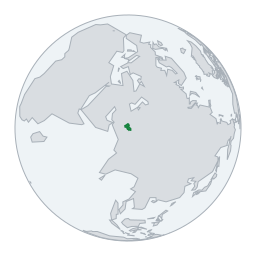 globe centered on Farah, rotated 65°
{"feature_id": "AFG-1749", "entity_name": "Farah", "entity_type": "Province", "adm_level": 1, "iso_a3": "AFG", "parent_name": "Afghanistan", "parent_adm1": "", "projection": "orthographic", "projection_center": [62.843, 32.453], "detail": "fine", "context": "on_globe", "style": "filled", "palette": "green", "viewbox_px": 256, "rotation_deg": 65, "n_neighbors": 0, "source": "natural_earth", "source_scale": "10m", "svg_char_len": 11483}
<svg xmlns="http://www.w3.org/2000/svg" viewBox="0 0 256 256"><g transform="rotate(65 128 128)"><circle cx="128" cy="128" r="113" fill="#eef3f6" stroke="#a8b0b8"/><path d="M144.4,16.6L145.3,16.7L155.4,19.5L160.8,20.9L157.8,20.4L169.6,23.8L176.4,27.0L167.3,23.2L165.3,22.7L169.3,24.5L168.1,24.5L169.3,25.4L167.6,25.3L162.3,23.4L161.1,23.4L164.0,24.7L164.0,25.7L160.0,23.6L159.6,25.2L150.9,23.0L141.4,18.8L135.2,18.6L121.8,17.3L121.6,17.7L116.4,18.0L114.3,18.7L112.4,18.5L112.3,19.3L114.5,19.4L115.1,19.8L114.1,20.3L111.5,20.1L111.6,19.8L110.3,20.0L109.5,19.8L109.3,20.2L106.3,20.1L107.7,21.0L103.9,21.7L102.4,21.4L104.7,20.3L106.7,17.9L105.8,17.8L102.3,18.4L91.2,21.7L89.3,22.2L85.8,23.6L93.8,20.7L102.0,18.4L110.4,16.7L118.9,15.7L127.4,15.4L135.9,15.6L144.4,16.6ZM85.3,23.8L88.5,22.7L87.6,23.4L91.6,22.2L91.8,22.5L95.0,22.0L92.3,23.4L87.8,25.1L84.9,25.7L82.9,26.5L83.7,27.2L76.6,29.8L68.9,34.5L67.3,35.2L67.5,33.9L72.2,30.5L72.5,30.0L85.3,23.8ZM72.2,30.2L70.0,31.8L66.0,34.0L64.4,35.1L63.3,36.0L63.8,35.8L62.0,37.0L63.6,35.6L65.5,34.3L64.9,34.7L66.9,33.4L72.2,30.2ZM164.9,22.1L162.6,21.2L165.2,22.1L164.9,22.1ZM169.8,25.6L170.8,25.9L171.1,26.3L169.8,25.6ZM96.3,21.4L95.7,21.7L95.4,21.6L96.3,21.4ZM98.4,20.9L98.5,20.6L99.5,20.3L99.4,20.5L98.4,20.9ZM168.5,26.6L168.5,27.3L167.6,26.2L168.5,26.6ZM98.0,21.4L101.2,19.9L103.0,19.6L104.0,20.1L98.0,21.4ZM168.0,27.4L168.1,29.4L170.4,30.2L164.0,29.4L166.0,27.8L164.5,26.3L166.5,27.3L168.0,27.4ZM115.6,19.2L113.3,19.1L116.2,18.7L115.6,19.2ZM117.3,18.8L125.2,17.5L128.1,18.0L124.9,18.2L129.4,18.7L126.9,19.6L123.8,19.6L122.5,19.0L122.6,19.8L117.3,18.8ZM160.4,28.8L159.7,29.1L159.5,28.4L160.4,28.8ZM115.6,20.0L117.0,19.5L119.6,19.9L117.3,20.8L117.2,20.4L115.6,20.0ZM131.8,18.5L133.3,19.1L131.7,19.9L132.1,20.3L127.1,19.7L131.8,18.5ZM116.1,20.6L116.1,21.3L114.0,21.7L114.5,20.4L116.1,20.6ZM121.2,19.7L122.3,19.9L121.0,20.1L121.2,19.7ZM106.2,23.7L107.8,23.0L109.3,23.1L106.2,23.7ZM116.3,21.6L117.1,21.5L117.8,21.5L117.4,22.1L116.3,21.6ZM126.3,20.4L125.3,20.7L128.3,20.7L127.2,21.5L124.0,21.0L124.9,21.5L124.6,21.8L122.4,21.1L126.3,20.4ZM119.3,22.7L114.9,22.7L111.7,23.8L110.2,23.7L115.7,21.9L119.3,22.7ZM121.3,21.8L119.7,22.3L118.8,21.8L119.2,21.2L121.3,21.8ZM127.6,22.2L130.1,21.1L130.7,21.3L127.6,22.2ZM118.5,23.1L119.6,23.2L118.4,23.3L118.5,23.1ZM125.0,22.6L125.8,22.1L126.5,22.3L125.0,22.6ZM121.1,23.7L119.7,23.6L120.0,23.1L121.1,23.7ZM123.0,23.2L123.8,23.6L120.9,23.0L123.3,23.0L123.0,23.2ZM125.5,22.8L126.2,22.8L125.1,23.0L125.5,22.8ZM120.8,25.7L117.2,25.0L117.8,23.9L121.3,24.7L120.8,25.7ZM20.2,132.6L20.6,113.5L22.9,109.4L25.1,102.5L42.8,90.2L44.5,94.1L56.2,99.0L57.3,100.9L53.7,105.7L60.7,117.8L65.5,114.6L74.0,122.3L81.1,124.4L87.4,114.6L75.9,110.9L76.1,105.0L87.0,103.5L97.4,107.1L97.8,105.0L93.0,98.7L97.2,95.7L91.6,96.2L92.5,98.8L89.0,99.4L87.9,97.1L89.5,96.0L86.9,94.2L80.2,100.1L80.5,103.3L72.5,101.8L72.1,107.2L69.3,108.7L68.9,100.1L70.3,97.6L68.0,87.2L65.8,89.6L67.8,99.7L66.4,98.3L63.3,102.1L64.5,98.1L62.9,87.0L56.9,85.3L46.1,91.7L43.3,90.4L42.4,86.1L49.6,76.6L55.1,80.8L57.7,78.0L59.3,71.9L60.8,73.9L62.2,72.1L64.5,73.5L70.5,71.2L73.3,72.3L78.3,67.3L80.4,67.4L76.9,70.2L75.9,73.0L83.2,76.3L85.3,75.8L88.0,72.4L89.7,73.9L91.3,70.3L96.8,70.8L91.5,67.2L94.5,63.6L99.2,62.0L99.2,60.3L91.5,63.1L89.3,64.8L88.9,67.3L82.1,72.1L79.0,71.9L82.6,64.8L78.7,64.0L83.2,59.2L101.2,53.9L107.3,54.1L112.0,61.7L109.0,63.5L105.9,61.6L106.4,66.7L107.5,64.7L108.9,66.1L112.1,63.4L113.2,64.3L114.3,60.4L116.1,61.2L115.3,63.7L121.6,60.9L125.9,62.0L126.8,61.0L126.4,59.6L132.2,62.3L132.5,61.4L130.8,60.2L130.5,57.7L132.1,54.6L133.9,55.7L133.6,56.9L135.8,61.5L134.6,65.0L135.6,65.1L137.0,62.4L134.4,56.8L134.8,54.6L136.5,57.0L135.9,56.0L136.7,55.3L139.3,55.7L137.6,53.0L143.9,44.8L149.5,45.1L150.3,47.9L156.7,44.3L162.5,45.6L160.9,44.3L162.9,42.2L161.1,41.7L160.4,41.0L164.7,36.1L167.2,36.0L167.2,33.1L166.4,32.6L164.5,32.4L164.0,29.4L170.4,30.2L171.9,31.4L174.9,31.4L178.0,34.1L181.9,36.7L183.6,40.2L186.5,42.1L187.3,41.9L192.0,44.7L198.7,51.5L189.6,46.7L178.9,38.0L182.9,41.5L180.9,41.0L181.7,42.6L184.7,45.2L185.7,45.2L184.9,52.2L190.0,61.0L192.2,58.8L195.6,60.2L203.3,69.8L206.3,87.1L210.8,90.3L212.4,93.3L211.3,96.5L209.0,92.1L206.2,91.8L205.0,89.0L202.5,93.1L200.8,89.4L199.7,94.7L202.2,97.0L205.1,94.5L204.9,101.1L210.2,104.5L212.9,110.6L211.0,124.7L205.9,131.0L206.0,133.2L202.9,132.1L200.4,137.5L207.5,146.4L207.8,149.6L203.0,158.0L202.6,155.7L194.3,152.8L193.9,160.8L200.2,164.9L202.5,171.2L198.1,170.6L195.7,165.1L192.8,163.9L192.8,157.1L188.8,148.1L184.3,151.4L183.9,147.3L177.7,140.2L170.8,144.5L160.5,157.4L160.4,167.8L156.3,172.7L148.1,158.9L145.8,148.9L142.0,150.1L134.3,141.7L118.4,140.9L116.9,138.1L113.7,139.2L108.4,136.0L106.5,131.2L103.0,131.1L108.3,143.5L112.2,143.7L116.6,139.5L117.3,143.8L122.5,147.8L113.8,157.1L91.6,162.8L90.8,154.9L81.0,130.3L82.1,128.0L82.1,127.7L82.1,127.1L79.7,130.8L78.5,125.9L82.3,142.8L82.3,149.4L91.2,163.2L90.1,164.2L93.3,167.2L105.6,166.1L105.4,168.6L98.7,179.2L83.0,190.9L85.9,200.7L86.1,207.9L78.1,210.4L80.7,215.8L76.9,216.3L77.8,219.0L75.8,220.6L71.7,221.1L62.7,217.0L60.7,214.5L53.9,207.5L43.9,191.5L44.6,186.4L43.2,180.9L36.8,165.3L38.1,159.2L36.8,155.2L33.9,153.8L32.5,149.0L30.9,147.5L21.9,140.6L20.2,132.6ZM34.4,98.9L33.4,100.8L34.4,98.9ZM106.9,116.6L114.1,118.1L113.3,110.8L116.0,110.9L114.8,108.5L113.2,110.3L110.5,103.9L114.5,102.4L114.9,99.4L112.5,98.8L105.7,102.6L109.5,111.6L106.8,114.1L106.9,116.6ZM65.9,34.1L65.7,34.3L64.3,35.3L64.4,35.1L65.9,34.1ZM61.3,38.8L58.5,40.7L60.6,39.1L60.2,39.1L64.1,35.8L66.7,35.5L64.8,36.1L61.3,38.8ZM70.1,31.8L67.3,33.7L70.3,31.7L70.1,31.8ZM67.3,61.6L67.2,63.4L65.0,65.0L61.5,64.3L64.7,61.9L67.3,61.6ZM67.6,65.7L72.1,59.3L74.5,59.7L72.4,60.5L73.5,61.4L70.4,63.0L68.3,70.0L66.2,71.9L60.8,69.1L63.7,68.9L63.6,67.0L67.6,65.7ZM79.5,44.7L81.5,42.7L84.1,46.1L81.9,47.7L78.3,46.9L78.7,44.6L79.5,44.7ZM99.1,23.0L99.7,22.5L100.4,22.5L100.5,22.9L99.1,23.0ZM106.8,23.4L97.3,25.4L97.5,24.9L91.6,27.1L89.9,26.6L93.7,25.1L88.0,26.5L90.8,25.0L86.8,26.2L95.6,23.0L97.8,21.9L96.0,23.2L97.5,23.7L98.9,23.5L104.4,22.5L110.0,20.6L112.4,21.0L112.6,21.8L111.7,22.3L110.4,21.8L110.0,22.9L107.4,22.6L106.8,23.4ZM113.8,34.6L112.8,33.2L111.5,36.4L108.9,35.6L109.0,36.1L106.2,36.3L102.9,37.4L102.1,36.9L101.2,37.6L99.3,37.9L97.8,38.7L95.7,38.0L93.7,39.1L93.8,38.2L90.9,40.2L92.1,38.4L89.9,38.8L89.8,40.3L82.4,36.0L78.2,36.1L74.1,37.2L76.8,34.4L82.5,31.7L89.0,29.8L92.6,30.4L93.2,29.2L95.1,29.1L93.8,30.1L96.9,28.7L98.1,28.9L104.0,28.1L107.6,26.1L109.9,25.9L109.0,26.8L111.8,26.0L111.8,27.6L113.4,27.6L114.9,29.3L112.4,31.3L114.4,31.1L115.7,32.6L113.8,34.6ZM121.1,26.2L118.7,28.5L116.1,29.3L114.5,26.0L113.1,25.9L112.0,24.1L115.8,23.1L115.7,23.6L116.6,24.0L115.1,24.2L116.9,24.3L116.9,25.1L118.4,25.5L117.2,26.1L121.1,26.2ZM59.9,99.7L60.9,100.6L63.0,101.4L61.1,103.9L59.9,99.7ZM58.6,92.1L59.8,92.3L58.1,96.0L57.0,95.2L58.6,92.1ZM61.8,89.5L60.0,92.1L60.3,90.2L61.8,89.5ZM78.1,70.4L79.6,70.5L79.2,71.4L77.7,72.4L78.1,70.4ZM109.6,45.1L109.4,43.9L110.2,43.7L112.0,41.1L114.0,41.7L113.8,43.4L109.6,45.1ZM84.7,115.8L81.8,117.2L81.1,115.9L82.2,115.7L84.7,115.8ZM70.3,110.6L72.9,113.2L69.7,111.3L70.3,110.6ZM112.1,45.2L112.6,44.1L113.4,45.1L112.1,45.2ZM115.6,41.9L116.7,42.9L114.5,41.4L115.6,41.9ZM135.9,239.1L137.4,239.3L135.5,239.4L135.9,239.1ZM104.7,209.9L100.3,220.8L95.1,220.0L93.0,216.5L93.9,209.6L99.5,208.4L102.0,205.3L104.7,209.9ZM220.2,177.0L222.0,176.1L221.9,176.5L220.2,177.0ZM218.4,176.9L220.6,175.6L217.9,178.1L218.4,176.9ZM221.4,175.0L223.7,172.6L224.6,171.2L224.4,172.3L221.4,175.0ZM216.8,177.9L207.5,182.9L203.6,183.6L204.7,181.6L211.1,179.0L216.8,177.9ZM204.4,181.7L198.1,179.9L188.2,169.7L191.8,168.8L201.9,173.4L201.3,175.1L205.1,177.0L204.4,181.7ZM218.8,166.2L218.1,170.7L213.1,173.2L210.8,173.7L209.2,169.2L210.1,166.0L212.1,165.1L218.8,151.6L221.3,152.4L219.5,157.7L221.5,160.2L218.8,166.2ZM161.0,168.6L164.1,174.1L161.7,175.4L161.0,168.6ZM220.7,143.1L218.5,149.0L220.3,141.8L220.7,143.1ZM221.3,136.8L221.8,138.8L220.4,137.5L221.3,136.8ZM206.7,136.2L204.6,137.8L204.2,136.2L206.6,133.4L206.7,136.2ZM215.0,115.8L216.4,120.4L216.5,122.2L214.9,120.0L215.0,115.8ZM130.5,50.0L125.7,52.8L123.6,55.6L124.6,58.2L121.1,55.9L124.4,51.6L130.5,50.0ZM142.1,45.2L141.2,43.2L142.9,43.5L143.3,44.0L142.1,45.2ZM140.6,44.4L137.0,43.2L137.4,41.8L140.1,43.0L140.6,44.4ZM124.4,43.8L122.9,44.5L122.3,43.6L124.4,43.8ZM215.4,199.1L203.7,210.9L201.6,212.1L204.1,209.5L206.0,204.4L206.9,203.9L208.8,199.6L218.0,190.2L225.1,178.1L228.0,175.6L231.5,167.1L233.8,164.2L231.9,170.0L232.7,169.5L236.9,156.2L236.1,159.7L233.2,168.2L229.7,176.4L225.6,184.3L220.8,191.9L215.4,199.1ZM224.6,174.1L227.4,169.0L228.6,167.6L224.6,174.1ZM238.6,149.6L238.5,149.1L237.4,154.0L235.5,157.6L236.3,154.8L236.4,152.4L233.7,155.3L233.1,154.2L234.3,151.5L232.2,152.5L234.6,148.8L235.3,151.6L236.5,146.9L238.1,144.7L239.2,143.1L239.5,143.5L239.3,145.3L239.2,145.9L238.6,149.6ZM234.1,157.5L234.4,157.0L234.0,158.6L234.1,157.5ZM239.8,141.9L239.7,142.3L240.0,140.0L239.8,141.9ZM240.4,135.0L240.4,134.8L240.4,134.7L240.4,135.0ZM229.2,159.5L229.0,160.7L228.3,160.5L229.2,159.5ZM230.2,157.9L232.2,157.0L230.0,159.1L230.2,157.9ZM222.8,160.2L223.6,162.3L226.0,158.8L224.2,162.6L225.5,165.6L224.9,167.6L223.6,164.2L222.6,169.4L221.5,170.1L221.2,166.5L222.4,160.7L223.5,157.8L227.8,153.6L222.8,160.2ZM230.3,154.8L229.7,152.3L230.1,149.8L230.8,150.9L230.3,154.8ZM227.5,146.5L225.4,144.3L223.9,146.9L226.5,139.3L228.2,142.7L227.5,146.5ZM225.1,139.7L223.7,142.2L224.8,138.0L225.1,139.7ZM223.1,141.2L222.5,138.8L223.8,138.3L223.1,141.2ZM225.9,139.2L225.4,134.7L226.5,136.8L225.9,139.2ZM220.9,133.5L224.4,135.8L220.5,136.5L218.5,128.3L220.0,127.1L220.9,133.5ZM217.2,93.9L215.7,91.8L216.6,90.3L217.3,92.1L217.2,93.9ZM217.9,84.1L216.3,89.2L214.8,93.7L216.1,94.0L217.4,98.5L214.4,95.9L214.1,89.9L215.6,87.3L214.1,83.7L214.1,80.2L211.4,76.5L210.8,74.2L213.7,76.9L217.9,84.1ZM210.1,75.0L205.5,68.1L207.8,67.2L209.4,68.5L210.5,71.9L209.2,72.2L210.1,75.0ZM205.0,66.3L203.7,66.6L194.0,58.8L192.6,57.0L201.2,61.9L200.4,62.6L202.4,64.8L205.0,66.3ZM160.8,29.5L159.8,29.1L160.9,29.2L160.8,29.5ZM159.4,40.8L158.8,39.8L160.1,39.8L159.4,40.8ZM157.7,37.2L156.6,37.9L157.0,36.7L157.7,37.2ZM154.4,39.7L155.8,38.0L155.6,40.3L154.4,39.7Z" fill="#d9dde1" stroke="#a8b0b8" stroke-width="1"/><path d="M125.9,130.1L124.7,129.9L124.6,129.7L124.6,129.4L124.6,129.2L124.6,128.9L124.6,128.7L124.7,128.4L124.5,127.9L124.3,126.9L124.2,126.8L124.2,126.6L124.3,126.6L124.6,126.2L124.7,125.9L124.8,125.9L125.0,125.9L125.2,126.0L125.4,126.0L125.6,126.0L125.8,126.0L125.8,125.9L126.0,125.9L126.3,126.0L126.3,126.3L126.2,126.3L126.3,126.5L126.2,126.7L126.2,126.8L126.1,127.0L126.3,127.2L126.3,127.3L126.5,127.2L126.6,127.3L126.8,127.3L127.0,127.2L127.3,126.9L127.5,126.8L127.8,126.8L127.8,126.7L128.1,126.6L128.3,126.6L128.4,126.4L128.5,126.3L129.1,126.3L129.2,126.2L129.3,126.2L129.6,126.1L129.7,125.9L129.8,125.9L129.9,126.0L130.0,126.1L130.1,126.3L130.2,126.5L130.3,126.6L130.5,126.7L130.7,126.4L130.8,126.3L131.0,126.3L131.1,126.5L130.9,126.8L130.8,127.0L130.6,127.2L130.5,127.3L130.4,127.4L130.4,127.5L130.2,127.7L130.2,127.8L130.0,127.7L129.9,127.8L130.0,128.0L129.9,128.0L129.7,128.2L129.6,128.3L129.6,128.2L129.5,128.3L129.4,128.4L129.2,128.5L128.8,128.4L128.6,128.4L128.4,128.5L128.4,128.8L128.2,128.9L127.9,129.0L127.6,128.8L127.5,128.7L127.4,128.7L127.3,128.8L126.6,128.8L126.6,129.0L126.4,129.1L126.4,129.3L126.2,129.6L126.0,129.8L125.9,129.9L126.0,129.9L126.0,130.0L125.9,130.0L125.9,130.1Z" fill="#22c55e" stroke="#15803d" stroke-width="1.5"/></g></svg>